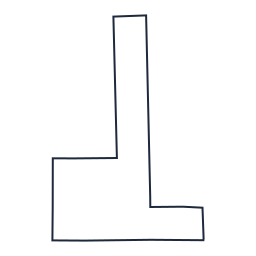 Ford, Illinois, United States of America (orthographic projection)
{"feature_id": "52423323B6455374586725", "entity_name": "Ford", "entity_type": "district", "adm_level": 2, "iso_a3": "USA", "parent_name": "United States of America", "parent_adm1": "Illinois", "projection": "orthographic", "projection_center": [-88.209, 40.698], "detail": "fine", "context": "isolated", "style": "outline", "palette": "slate", "viewbox_px": 256, "rotation_deg": 0, "n_neighbors": 0, "source": "geoboundaries", "source_scale": "gbopen_adm2", "svg_char_len": 311}
<svg xmlns="http://www.w3.org/2000/svg" viewBox="0 0 256 256"><path d="M52.8,158.3L52.7,207.6L52.4,240.4L84.8,240.6L150.5,239.8L203.4,240.2L203.6,238.4L202.5,207.7L182.8,206.7L150.3,207.0L150.2,196.1L146.1,15.4L113.4,16.6L116.9,158.0L73.4,158.4L52.8,158.3Z" fill="none" stroke="#1e293b" stroke-width="2"/></svg>